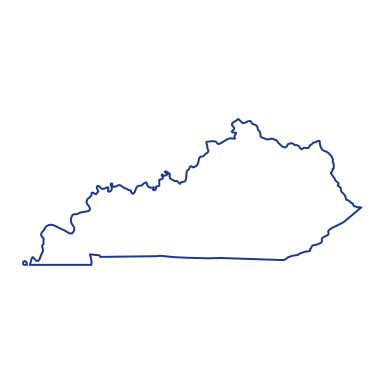 an SVG outline of Kentucky
{"feature_id": "USA-3548", "entity_name": "Kentucky", "entity_type": "State", "adm_level": 1, "iso_a3": "USA", "parent_name": "United States of America", "parent_adm1": "", "projection": "natural_earth1", "projection_center": [-85.417, 37.822], "detail": "fine", "context": "isolated", "style": "outline", "palette": "blue", "viewbox_px": 384, "rotation_deg": 0, "n_neighbors": 0, "source": "natural_earth", "source_scale": "10m", "svg_char_len": 5997}
<svg xmlns="http://www.w3.org/2000/svg" viewBox="0 0 384 384"><path d="M37.5,261.0L38.7,260.4L39.7,258.9L40.8,255.7L42.6,251.9L43.0,250.5L42.9,249.2L42.3,247.3L42.1,246.1L42.3,245.5L43.4,244.1L43.5,243.5L43.4,241.8L43.7,239.4L43.5,238.4L42.0,236.6L41.2,235.3L41.2,233.8L42.1,232.1L43.7,230.4L45.2,227.6L45.7,227.0L47.2,225.8L49.1,225.0L51.2,224.7L53.3,225.1L65.4,230.9L68.6,233.0L70.3,233.5L72.0,233.3L73.3,232.0L74.3,229.7L74.3,228.0L73.5,226.3L72.2,224.4L71.2,222.5L70.8,220.5L71.1,218.4L71.9,216.1L72.4,215.3L73.0,214.7L73.8,214.3L74.7,214.2L76.7,214.2L77.4,214.0L80.0,212.6L88.2,211.1L89.6,210.2L90.0,208.6L89.0,206.2L87.5,204.5L86.8,203.0L86.5,202.0L86.8,200.7L87.4,199.5L87.9,198.7L90.4,196.6L91.1,195.9L91.6,194.6L91.6,193.5L91.8,192.8L92.8,192.7L93.6,193.0L95.1,194.0L96.0,194.2L96.2,193.8L98.3,191.5L96.9,188.3L96.8,187.5L97.1,186.4L97.9,185.9L98.8,186.1L99.7,186.8L100.3,187.6L101.0,188.2L101.8,188.7L102.8,188.9L103.7,188.7L105.4,188.2L105.9,188.1L106.3,187.7L107.0,187.4L107.7,187.3L108.3,187.7L108.4,188.5L107.9,190.3L108.0,191.1L109.0,191.8L110.3,191.3L111.5,190.0L111.9,188.5L111.7,187.4L110.9,185.8L110.7,184.6L110.9,183.9L111.2,183.5L111.6,183.5L112.0,183.6L112.2,184.0L112.1,184.9L112.3,185.5L113.8,186.9L115.5,186.6L117.4,185.6L119.2,185.1L120.2,185.3L121.2,185.8L122.2,186.5L123.0,187.2L123.8,187.7L126.8,188.9L128.3,189.9L128.8,190.1L129.4,190.3L130.2,190.4L130.8,190.6L131.0,191.1L131.1,191.7L131.3,192.3L132.0,193.1L132.8,193.8L134.2,192.9L134.9,191.6L136.2,188.1L136.7,187.2L137.2,186.6L137.8,186.2L138.6,185.9L141.2,185.6L141.8,185.3L142.8,184.3L144.5,183.0L146.1,182.4L146.8,183.4L147.2,184.9L148.1,186.4L149.5,187.4L151.0,187.7L153.0,187.4L153.8,187.6L153.3,188.7L153.0,189.7L153.6,190.2L154.7,190.2L155.6,189.6L156.0,188.5L156.0,187.4L156.2,186.6L158.6,186.1L159.2,185.6L159.3,184.7L159.2,181.1L159.4,179.9L160.0,179.4L160.9,179.4L161.9,179.0L162.7,178.4L162.9,177.2L162.6,176.6L161.8,175.7L161.7,175.1L161.9,174.6L162.4,174.6L162.9,174.9L163.2,175.1L163.4,175.6L163.9,175.8L165.0,175.7L166.8,174.9L167.6,174.1L167.3,173.6L166.3,173.4L165.5,172.8L164.9,171.8L165.4,171.4L166.3,171.5L167.1,171.9L169.4,173.7L169.8,174.3L169.7,176.7L169.7,177.5L170.1,178.3L170.8,178.9L172.6,179.8L173.3,180.4L174.2,180.9L176.4,181.0L177.4,181.3L179.1,183.1L180.0,183.8L180.5,183.4L180.9,182.5L181.9,182.1L184.1,181.7L184.6,181.4L185.0,181.0L185.4,180.6L185.6,180.1L186.1,178.6L186.5,173.4L186.7,172.2L187.1,171.0L187.7,170.1L188.5,169.7L188.9,169.2L189.9,166.9L190.5,166.2L190.9,166.2L192.0,166.6L192.3,166.8L192.5,167.3L193.0,167.3L194.7,166.8L195.6,166.3L197.1,165.1L198.1,163.2L199.1,158.4L200.4,156.8L201.4,156.5L203.2,156.3L203.9,155.8L204.6,154.9L205.2,154.2L207.6,152.5L208.2,151.7L208.4,150.7L207.5,148.5L207.1,145.1L206.8,144.4L206.4,143.2L206.4,142.2L207.2,141.7L212.3,141.2L215.1,141.4L215.9,141.7L217.4,143.4L218.3,144.0L220.1,143.6L226.5,139.7L229.3,138.5L230.8,138.3L234.4,138.7L235.0,138.4L234.4,136.6L234.7,135.5L235.3,134.8L235.9,133.8L236.0,133.0L235.0,132.7L233.1,132.5L232.4,132.2L231.8,131.5L232.2,131.0L233.8,129.5L234.2,128.5L234.0,127.6L233.4,126.8L232.1,125.5L232.0,123.7L233.3,122.3L236.7,120.3L237.4,119.5L237.8,119.2L238.3,119.1L238.7,119.3L239.3,120.1L240.1,120.6L242.4,122.9L244.3,123.0L248.1,121.3L249.9,121.0L250.9,121.5L251.5,122.5L252.0,123.5L252.5,124.0L253.3,124.1L254.4,124.5L256.3,125.5L256.9,126.2L257.4,127.1L257.7,128.1L257.8,129.1L258.0,129.9L259.6,131.5L260.0,132.4L260.3,133.4L260.5,134.6L260.5,135.9L260.9,136.8L261.9,137.5L266.8,139.3L267.8,139.5L271.7,138.7L272.8,138.8L274.6,139.7L276.4,140.2L277.1,141.0L277.7,142.0L278.4,142.9L281.4,145.8L283.2,147.0L285.1,147.4L286.0,147.1L286.7,146.5L287.3,145.6L287.5,144.6L288.0,144.2L291.1,143.2L292.0,143.3L293.0,143.7L293.8,144.2L294.5,144.9L294.9,145.2L296.5,145.1L297.1,145.3L298.4,145.8L298.9,146.2L299.3,146.6L300.3,148.3L300.9,148.9L301.2,149.0L302.8,148.7L303.3,148.2L304.0,147.8L305.0,147.8L307.0,148.1L308.0,148.1L308.8,147.6L309.1,147.0L309.6,145.9L309.8,145.5L310.1,145.2L311.3,144.7L313.2,142.7L314.1,142.5L315.3,142.3L317.9,141.0L319.1,140.8L319.6,141.1L319.8,141.9L319.8,143.0L319.9,144.1L321.0,147.8L322.3,149.9L324.2,150.9L326.3,151.6L328.0,152.7L331.2,155.8L331.7,156.6L332.4,158.4L332.9,159.1L332.7,161.8L333.7,164.0L333.9,165.1L333.7,167.1L333.7,168.5L333.4,168.8L332.7,169.0L332.5,169.7L332.5,170.6L332.4,171.1L332.0,171.7L331.0,172.4L330.9,172.7L330.9,173.3L331.2,173.7L334.5,178.4L334.8,178.9L335.2,180.2L335.5,180.6L338.0,182.7L338.4,183.2L338.5,183.6L338.6,184.1L337.8,185.4L337.9,185.6L338.1,185.9L339.9,187.2L340.4,187.8L340.9,188.7L341.2,190.9L341.5,191.7L341.6,191.9L344.4,194.7L345.0,195.5L345.3,196.1L345.3,196.7L346.0,198.5L346.2,199.3L346.4,199.6L346.8,199.9L348.5,200.5L349.2,200.9L349.6,201.4L350.6,202.6L351.0,202.5L351.3,202.5L352.7,203.8L353.1,204.2L353.3,204.7L353.4,204.9L353.4,205.5L353.7,205.9L354.3,206.2L357.8,207.3L358.3,207.4L359.6,207.1L360.1,207.1L361.0,207.6L344.0,221.9L342.9,222.6L331.6,228.2L329.4,229.7L328.6,230.5L328.3,231.0L328.2,231.4L328.4,232.2L328.5,233.5L328.4,234.1L328.1,234.7L327.9,234.9L327.5,235.2L323.6,237.1L322.5,237.9L322.1,238.4L321.8,238.8L321.9,240.6L321.8,241.5L321.5,242.3L321.2,242.7L320.5,243.1L315.1,245.2L313.2,245.2L312.7,245.5L311.8,246.4L311.0,248.2L310.0,249.4L310.1,250.4L310.0,250.7L309.8,250.9L309.4,251.1L304.8,251.8L300.3,253.3L298.5,254.3L298.0,254.8L297.1,255.1L292.9,255.6L289.0,257.0L288.7,257.0L287.8,257.4L285.9,259.1L284.6,259.7L283.1,260.1L221.2,258.0L207.7,258.3L188.1,257.8L179.2,257.4L172.5,257.0L161.5,255.9L159.6,255.8L157.6,256.2L100.7,256.9L100.4,257.0L100.2,256.7L99.7,255.7L99.5,255.4L99.1,255.3L90.3,254.4L90.1,254.4L90.0,254.5L90.0,254.8L90.1,255.3L90.9,257.9L91.4,260.8L91.5,261.6L91.4,263.6L91.3,264.9L29.9,264.9L30.1,264.3L30.8,261.7L31.0,260.9L31.6,258.8L32.1,257.8L32.4,257.5L32.9,257.2L33.9,258.2L35.0,259.5L36.1,260.6L37.5,261.0ZM26.7,264.8L23.8,264.8L23.4,264.4L23.0,263.7L23.4,261.7L24.9,261.1L26.4,261.9L27.0,264.1L26.7,264.8Z" fill="none" stroke="#1e3a8a" stroke-width="2"/></svg>